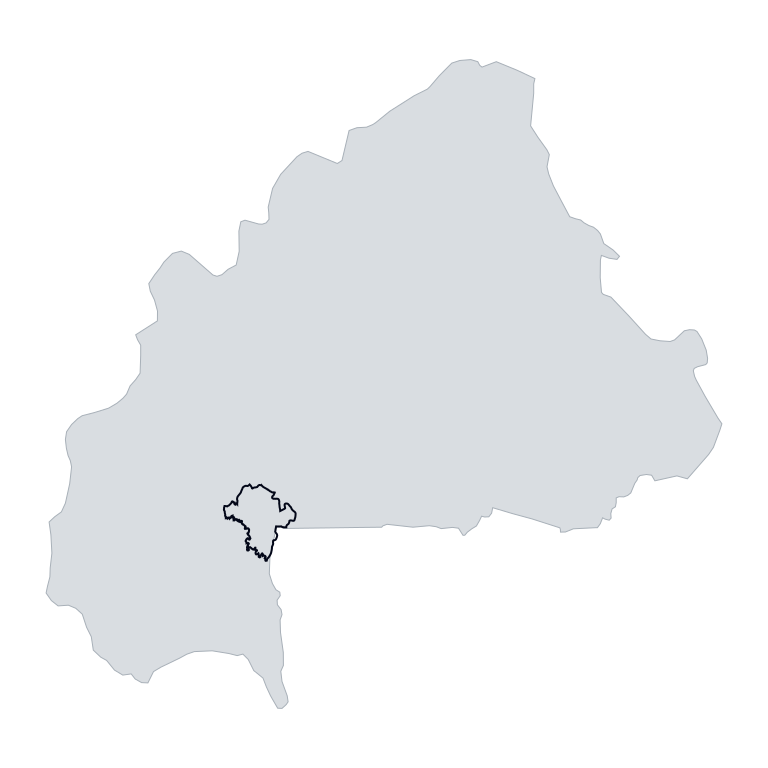 location of Ioba, Ioba, Burkina Faso
{"feature_id": "67063806B47797635439115", "entity_name": "Ioba", "entity_type": "district", "adm_level": 2, "iso_a3": "BFA", "parent_name": "Burkina Faso", "parent_adm1": "Ioba", "projection": "equal_earth", "projection_center": [-3.138, 11.037], "detail": "fine", "context": "in_parent", "style": "outline", "palette": "ink", "viewbox_px": 768, "rotation_deg": 0, "n_neighbors": 0, "source": "geoboundaries", "source_scale": "gbopen_adm2", "svg_char_len": 8845}
<svg xmlns="http://www.w3.org/2000/svg" viewBox="0 0 768 768"><path d="M595.4,527.7L573.4,528.8L565.4,532.0L560.5,532.1L560.4,529.4L559.8,527.8L532.0,518.9L512.5,513.6L492.7,507.7L491.6,513.2L488.8,516.8L484.6,517.0L481.6,516.2L479.6,520.4L476.4,526.0L471.8,528.8L467.3,532.2L464.8,535.2L463.0,535.3L458.5,528.2L452.5,527.4L441.2,528.6L436.2,526.7L429.3,525.7L413.0,527.2L387.0,524.3L382.8,525.9L381.7,527.2L355.9,527.5L327.6,527.9L303.9,528.2L283.2,528.5L283.2,527.2L276.5,527.1L275.8,529.5L269.9,558.2L269.3,573.8L272.4,583.5L275.9,589.7L279.8,592.2L280.2,595.7L277.1,600.2L277.4,604.8L281.1,609.6L282.0,614.6L280.1,619.9L280.5,632.5L283.3,652.5L283.4,665.4L280.8,671.3L282.0,681.5L287.2,695.8L288.1,701.8L286.2,704.6L282.0,708.4L277.7,708.2L272.7,699.6L270.5,695.7L266.4,686.9L263.0,678.1L258.3,674.2L253.8,670.6L248.2,659.4L242.9,654.1L237.2,655.6L228.9,653.5L212.2,650.8L194.3,651.6L186.8,654.2L179.5,658.2L160.8,667.2L153.5,671.6L147.9,682.9L141.6,682.6L135.2,679.0L131.2,673.9L122.8,675.1L114.5,670.1L106.6,660.4L100.8,657.2L93.3,650.1L91.3,636.7L86.6,627.3L82.3,614.2L75.8,608.3L68.4,605.2L58.1,605.9L51.4,600.6L46.1,593.0L47.5,586.3L49.9,576.9L50.2,567.9L51.9,553.2L50.9,534.8L49.1,522.0L54.8,516.7L61.4,511.9L65.4,503.2L69.7,483.7L71.6,466.8L70.3,460.6L68.1,455.6L66.4,448.3L65.4,439.5L66.6,431.7L71.6,424.5L77.8,418.6L82.2,415.7L93.9,412.7L108.5,408.2L117.0,403.2L123.1,398.1L126.6,394.1L130.1,385.9L135.7,379.6L140.1,373.2L140.7,355.3L140.7,345.2L137.5,339.6L135.7,334.8L157.4,320.9L157.5,311.0L154.5,300.0L150.3,291.2L148.8,283.6L154.8,274.6L160.1,267.9L163.9,262.1L172.5,253.4L181.3,251.1L189.3,254.4L212.9,275.0L217.0,276.3L221.9,274.7L228.1,269.3L236.2,265.0L239.2,251.3L238.9,231.1L240.8,221.8L245.0,220.2L258.6,224.0L262.2,224.2L266.1,222.9L269.0,219.4L268.8,212.9L268.2,207.1L272.6,188.4L280.7,174.3L297.0,156.7L302.1,153.2L308.0,151.4L337.3,163.5L342.0,160.5L349.1,130.5L357.0,127.7L366.5,127.2L372.7,124.6L375.9,122.5L389.8,111.2L414.2,95.7L427.4,89.1L430.0,86.6L439.4,75.6L451.8,63.1L459.8,60.5L470.8,59.6L477.8,61.7L479.7,65.3L482.0,67.1L496.3,61.7L517.0,70.2L534.9,78.6L533.7,83.9L533.7,93.3L532.3,108.1L530.6,125.9L538.0,137.4L546.9,149.8L549.3,154.6L547.0,166.8L548.7,174.0L553.4,185.9L561.4,201.1L569.7,216.7L575.3,218.7L580.7,220.0L584.0,222.8L588.8,225.5L593.5,227.2L597.7,230.6L600.4,234.0L603.8,243.6L613.1,250.0L619.5,256.3L617.0,259.4L609.0,258.2L601.4,255.4L600.4,260.0L600.2,277.7L601.5,292.4L603.3,294.4L610.9,297.1L629.1,316.2L645.5,334.3L651.0,339.0L660.1,340.8L670.2,341.5L674.6,339.9L684.3,330.8L689.5,329.7L694.4,330.0L697.0,331.5L701.7,338.9L706.2,350.1L707.6,358.4L707.2,362.9L705.7,364.6L697.6,366.7L694.2,368.4L693.3,370.8L694.6,376.4L696.2,380.0L705.1,396.3L718.0,418.1L721.9,423.8L719.8,430.3L713.4,447.4L708.6,454.5L687.4,478.8L676.9,475.9L654.9,480.8L651.6,475.2L646.4,474.5L640.1,475.5L637.8,477.6L637.1,480.0L634.8,483.3L630.8,492.9L627.7,495.4L623.8,496.9L619.0,496.7L616.2,497.9L616.2,502.7L615.4,506.8L612.1,508.9L610.8,513.5L611.1,518.1L609.2,520.2L605.0,519.1L602.6,517.8L600.3,523.7L597.4,527.7L595.4,527.7Z" fill="#d9dde1" stroke="#a8b0b8" stroke-width="1"/><path d="M274.8,492.7L274.7,492.5L274.3,492.7L273.9,492.6L273.3,492.3L272.7,492.5L272.0,492.3L271.4,491.9L271.1,491.8L270.8,491.5L270.1,491.3L269.7,491.0L269.4,490.6L268.4,490.1L268.1,489.8L268.0,489.6L267.8,489.5L267.4,489.5L266.8,488.9L266.3,488.7L263.5,487.1L262.8,486.6L262.2,485.9L262.0,485.7L262.0,485.8L261.2,485.3L259.9,485.0L259.3,485.0L258.3,485.6L257.2,487.0L255.7,487.4L254.3,487.5L253.4,487.9L253.1,488.0L252.7,488.4L252.4,488.5L252.0,488.3L251.8,487.6L251.3,486.6L250.6,485.6L249.6,484.5L248.8,485.3L247.9,485.9L247.5,486.0L245.9,485.8L245.2,485.9L243.7,486.7L243.0,487.3L242.7,487.7L242.3,488.9L241.4,490.8L240.9,492.3L240.3,493.3L238.0,496.1L237.5,496.9L237.3,497.7L237.1,498.2L237.1,499.7L237.4,500.5L237.5,500.8L237.4,501.5L237.4,502.1L237.2,503.0L237.2,503.7L237.0,503.4L236.8,503.4L236.5,503.4L236.2,503.3L235.9,504.0L235.6,504.2L235.5,504.7L235.1,504.6L234.9,504.4L234.6,503.8L234.3,503.7L234.3,502.8L234.1,502.9L233.9,502.4L233.7,502.3L233.5,502.2L233.3,502.2L233.2,501.8L232.8,501.5L232.6,501.4L232.2,501.4L231.8,501.7L231.3,503.0L230.7,503.7L229.0,505.4L227.5,506.1L227.2,506.4L226.1,506.1L224.5,506.0L224.3,507.0L224.0,507.9L224.1,509.0L223.9,509.6L224.1,510.4L224.7,511.3L224.8,513.0L225.2,514.4L225.2,515.0L225.1,515.3L225.1,515.9L225.9,516.7L225.9,516.9L225.7,517.4L225.8,517.9L226.1,518.0L226.0,518.3L226.3,518.3L226.7,517.8L226.8,517.9L226.8,517.7L227.2,517.7L227.3,517.9L227.8,518.4L228.6,517.7L228.7,517.8L228.9,518.1L229.3,518.3L229.5,518.6L230.1,517.4L230.7,517.5L230.8,517.7L231.1,517.5L231.2,517.3L231.2,516.6L231.3,516.5L231.4,516.1L231.6,515.9L231.9,515.8L231.8,516.0L231.6,516.1L231.6,516.3L231.9,516.9L232.2,517.4L232.6,517.5L233.3,517.5L233.5,517.3L233.6,516.9L233.7,517.0L233.7,517.6L233.9,517.4L234.0,517.5L234.1,517.8L234.0,518.0L233.9,518.2L233.4,517.9L233.3,518.0L233.6,518.9L233.5,519.6L233.8,519.9L233.7,520.4L234.0,520.4L234.0,520.2L234.6,519.8L234.8,519.9L235.0,519.6L235.4,519.4L235.7,519.5L235.8,519.3L236.0,519.5L236.3,519.3L236.6,519.7L236.8,519.8L237.1,519.7L237.1,520.1L237.5,520.3L237.4,520.5L237.6,520.7L237.5,520.8L237.9,521.1L238.1,521.0L238.1,520.8L238.4,521.1L238.6,520.6L238.9,520.6L238.9,520.0L238.9,519.9L239.1,519.8L239.4,520.1L239.4,520.8L239.5,521.3L239.5,521.7L240.1,522.1L240.3,522.1L240.8,521.4L241.2,520.9L241.7,520.9L241.9,521.0L242.0,521.6L241.9,521.7L241.7,522.3L241.9,523.5L242.3,523.6L242.5,523.8L242.5,524.3L243.1,524.7L243.5,524.6L243.7,524.9L244.3,525.3L245.0,525.9L245.2,526.1L245.0,526.6L245.3,526.8L245.5,526.8L245.4,527.2L244.9,528.0L244.8,528.5L245.0,528.9L246.2,528.8L246.6,528.4L246.8,528.5L247.0,528.5L247.2,528.3L247.6,528.5L248.1,528.4L248.5,529.0L248.7,528.9L249.0,529.3L249.1,529.6L249.0,530.4L249.1,530.7L249.0,531.2L248.9,531.5L248.9,531.9L248.5,532.8L248.2,532.6L247.9,533.1L247.4,533.4L247.6,534.0L248.3,535.1L248.7,535.5L249.0,535.5L249.2,536.0L249.5,536.3L249.7,536.5L249.8,537.0L249.8,537.3L250.4,538.3L249.8,539.4L249.5,539.7L249.2,539.7L248.2,538.4L247.9,538.2L247.6,538.2L247.3,538.4L247.0,539.0L246.7,539.0L246.2,539.6L246.2,540.0L245.7,540.7L245.6,541.0L245.7,541.3L245.9,541.4L246.0,541.7L246.3,542.0L246.4,542.5L246.6,542.4L246.7,542.5L246.8,542.7L247.1,543.1L246.9,543.4L247.0,543.4L247.3,543.2L247.6,543.4L247.9,543.1L248.2,543.0L248.5,543.3L248.8,543.5L248.7,544.0L248.3,544.5L248.0,545.0L248.0,545.6L248.0,546.3L247.9,546.5L247.4,546.0L247.2,546.4L247.1,547.1L247.0,547.4L247.0,547.7L247.4,548.6L247.6,548.7L247.6,548.9L247.4,549.1L247.2,549.3L247.1,549.2L247.0,549.3L247.0,549.7L247.3,550.4L247.8,550.5L248.2,550.5L248.7,550.2L248.9,550.0L248.9,549.7L248.6,548.9L248.6,548.4L249.1,547.7L250.0,547.1L251.4,548.1L251.4,548.5L251.7,548.7L252.6,549.1L252.8,549.4L253.2,549.6L254.0,549.1L255.1,547.7L255.4,547.7L255.5,548.1L255.4,548.4L255.0,549.3L254.9,549.7L254.9,549.8L255.1,549.9L255.6,549.8L256.0,549.9L256.2,550.2L256.6,550.1L256.9,550.2L257.0,550.3L257.0,550.6L256.8,550.9L256.2,551.3L255.7,552.0L255.6,552.4L255.6,553.5L255.7,553.8L255.9,554.1L256.2,554.4L256.9,554.2L257.4,554.2L257.8,553.9L258.4,553.2L258.5,553.3L258.7,554.9L258.8,555.3L258.7,556.3L258.7,556.8L259.0,557.1L259.6,557.4L259.9,557.3L259.9,557.0L260.2,556.8L260.6,555.5L261.2,554.8L261.3,554.4L262.1,553.4L262.3,553.4L262.8,554.2L263.0,554.4L262.8,556.0L263.5,555.7L264.5,555.6L265.2,556.0L265.6,556.5L265.7,557.0L265.5,557.3L265.0,557.5L264.7,558.2L265.1,558.4L265.2,558.7L265.3,560.2L265.5,560.7L265.7,560.8L266.0,560.6L266.7,560.7L266.8,560.5L267.0,559.6L267.2,558.9L267.6,558.4L268.8,557.2L270.4,554.5L271.1,552.9L271.7,550.1L271.9,548.6L272.0,546.8L272.9,544.8L273.2,543.8L273.0,542.3L273.1,540.9L273.3,540.5L273.8,540.2L274.4,540.3L275.6,539.7L276.2,538.8L276.9,536.9L277.2,535.5L277.1,534.8L276.7,533.8L275.7,532.6L275.2,531.5L275.5,530.1L275.5,529.4L275.6,529.1L276.0,527.0L276.1,526.4L278.1,526.5L281.4,526.4L282.3,527.1L283.0,527.1L283.8,527.3L286.3,527.3L286.3,526.5L286.5,525.9L286.9,525.1L288.2,524.1L288.6,523.7L288.9,523.1L289.3,522.0L289.4,520.9L289.6,520.7L290.3,520.4L291.7,520.5L292.9,520.8L293.5,520.8L294.2,520.5L294.4,520.2L294.9,518.5L295.3,517.2L295.5,515.6L295.6,513.9L295.6,513.4L295.4,512.8L295.1,512.3L294.7,511.9L293.8,511.2L292.6,510.2L291.7,509.0L290.9,507.2L289.9,506.2L288.3,504.2L287.7,503.8L287.2,503.6L286.2,503.5L285.5,503.6L285.0,503.9L284.7,504.3L284.6,504.7L284.6,505.4L285.1,507.9L285.1,508.3L284.5,508.8L280.2,511.0L280.1,509.6L279.8,508.0L279.6,507.1L279.5,505.8L279.4,504.7L279.2,503.7L279.3,501.3L279.0,500.2L278.7,499.5L278.2,499.0L277.7,498.8L276.1,498.7L275.9,498.8L275.0,498.8L274.3,498.7L273.6,498.8L273.1,498.5L272.6,498.4L272.4,498.2L272.2,497.9L272.1,497.4L272.2,496.7L272.3,496.5L272.5,496.2L273.3,495.5L273.7,495.0L274.4,493.3L274.8,492.7Z" fill="none" stroke="#020617" stroke-width="2"/></svg>